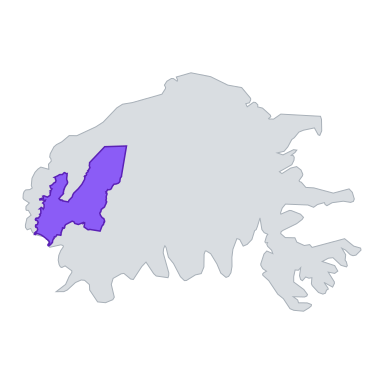 location of Fljótsdalshérað, Austurland, Iceland, rotated 180°
{"feature_id": "244011B83679589752148", "entity_name": "Fljótsdalshérað", "entity_type": "district", "adm_level": 2, "iso_a3": "ISL", "parent_name": "Iceland", "parent_adm1": "Austurland", "projection": "albers", "projection_center": [-14.894, 65.096], "detail": "fine", "context": "in_parent", "style": "filled", "palette": "violet", "viewbox_px": 384, "rotation_deg": 180, "n_neighbors": 0, "source": "geoboundaries", "source_scale": "gbopen_adm2", "svg_char_len": 9190}
<svg xmlns="http://www.w3.org/2000/svg" viewBox="0 0 384 384"><g transform="rotate(180 192 192)"><path d="M299.4,103.7L302.8,104.0L308.5,101.5L316.7,94.0L320.1,92.4L327.9,92.3L318.4,99.6L314.8,107.6L312.2,111.5L312.2,113.2L318.9,118.1L322.2,116.5L323.6,117.1L324.9,119.4L325.8,123.9L325.2,128.6L323.3,133.3L320.6,137.3L321.0,138.5L323.1,139.2L334.3,136.7L335.6,142.5L336.7,144.4L336.4,146.4L331.9,152.6L337.2,148.7L341.4,147.5L348.5,149.4L351.5,151.6L353.3,155.5L356.8,154.2L358.5,156.5L358.6,158.9L357.1,165.5L352.9,168.9L355.6,173.6L357.7,173.7L358.1,174.8L358.0,177.6L354.7,181.0L360.2,184.6L361.0,185.9L360.7,190.2L359.8,192.6L358.2,194.1L354.2,194.4L351.8,196.0L352.7,198.6L352.0,205.8L349.0,211.7L346.1,214.9L343.2,216.9L335.2,214.7L335.5,219.8L332.7,222.9L333.2,225.5L334.3,226.9L333.8,230.2L330.1,237.1L327.5,239.4L322.3,242.1L314.8,248.4L307.2,248.3L288.3,257.1L280.8,261.9L267.1,276.2L261.4,279.8L251.7,281.4L222.1,289.8L218.6,295.3L218.4,296.6L219.6,298.9L217.1,302.8L212.6,305.5L210.5,305.4L206.9,302.8L206.4,303.9L207.7,307.0L193.0,311.2L173.3,307.3L156.2,298.9L142.3,296.4L133.4,285.7L133.3,284.1L134.6,281.2L138.2,280.3L136.8,277.2L130.4,281.8L128.5,281.5L126.2,279.2L126.3,277.1L121.5,275.9L113.6,268.8L113.2,267.3L115.4,265.5L115.0,265.0L110.4,264.9L103.2,269.9L63.5,267.7L62.5,264.5L62.3,253.1L64.2,248.6L65.8,249.2L69.6,256.1L80.5,253.8L85.1,251.9L89.7,246.3L92.2,244.5L96.2,237.1L99.9,232.7L106.8,231.1L101.0,229.1L90.5,234.3L87.2,233.9L89.1,231.4L92.8,228.7L90.5,228.2L89.8,226.7L90.0,223.8L92.2,219.3L104.6,212.3L102.1,210.4L93.4,215.9L87.4,217.4L83.0,214.0L81.2,209.8L81.5,208.2L84.9,203.5L84.6,202.5L82.7,201.8L78.2,196.6L70.1,196.1L50.7,190.9L34.9,195.1L31.7,191.7L29.7,185.0L30.6,182.6L33.4,181.6L40.7,182.8L51.8,181.3L57.1,178.3L58.9,179.5L59.6,181.4L66.5,179.5L70.4,176.7L76.1,179.0L98.5,179.9L101.8,175.9L103.5,171.0L103.1,169.9L94.5,173.6L92.7,173.4L83.5,169.8L80.5,166.6L81.9,164.5L87.4,160.3L100.9,153.7L102.9,152.3L103.3,150.4L98.7,146.4L89.1,146.2L87.2,141.9L79.7,138.5L74.3,139.4L71.9,136.6L39.4,145.3L30.3,137.9L23.4,135.9L23.0,133.9L28.0,128.9L31.0,128.3L33.7,129.3L38.6,134.0L42.2,135.8L38.3,129.3L38.9,123.8L37.6,122.1L36.7,118.3L37.5,117.1L43.0,118.7L51.0,126.3L55.6,125.8L61.8,122.5L49.3,118.4L46.2,112.9L49.3,110.6L55.8,111.9L49.7,102.2L49.6,100.6L51.4,96.9L60.0,101.6L55.9,95.8L55.9,94.6L57.5,93.9L58.6,90.8L61.1,89.9L65.5,91.5L71.8,98.4L72.6,100.3L72.1,106.3L75.1,105.8L78.3,107.0L81.6,103.3L83.4,104.5L84.5,108.3L83.3,116.4L85.6,113.8L88.9,114.0L90.3,107.4L90.3,102.0L80.2,94.5L76.5,89.5L77.2,88.0L79.4,87.0L90.8,87.3L86.3,84.0L85.5,81.2L76.8,81.1L72.6,79.5L72.7,78.1L74.7,76.3L80.4,72.8L90.2,73.7L94.0,75.3L100.6,85.3L106.2,89.8L115.2,103.3L121.2,108.8L121.4,110.0L120.2,111.3L117.5,112.8L121.2,115.3L123.2,118.8L123.2,120.2L120.0,130.0L117.2,133.0L111.2,130.4L112.4,133.8L116.4,137.7L117.2,139.7L116.4,141.4L118.5,141.1L119.1,142.2L117.5,147.8L116.2,149.7L119.8,151.3L122.1,154.4L124.0,166.1L126.6,157.5L127.8,154.4L129.4,153.3L132.1,144.5L136.8,139.6L140.8,137.9L144.3,144.5L147.1,145.4L151.1,134.7L152.1,126.6L152.0,117.6L153.1,111.2L155.4,107.6L158.0,106.6L163.2,110.9L167.1,120.1L173.3,130.3L177.9,133.1L178.8,132.9L179.9,129.8L180.1,117.0L182.8,110.4L188.6,109.1L197.6,103.5L199.6,103.4L203.6,107.3L210.5,120.5L215.6,126.8L217.9,136.4L219.1,138.2L220.4,135.3L220.8,131.1L215.2,111.1L215.3,108.5L216.0,106.3L227.8,108.0L230.3,110.3L238.0,121.9L242.2,117.5L250.7,104.5L253.4,105.0L260.1,110.6L262.8,110.2L270.9,105.6L272.7,99.5L269.7,86.8L271.2,84.3L278.5,81.3L286.4,82.1L294.3,93.9L294.6,99.4L299.4,103.7Z" fill="#d9dde1" stroke="#a8b0b8" stroke-width="1"/><path d="M280.8,159.3L280.7,159.5L280.3,160.0L280.2,160.8L280.1,161.2L280.2,161.6L280.2,161.8L279.6,161.8L279.4,162.3L279.4,162.8L279.6,163.9L280.1,164.8L280.1,165.3L280.4,165.6L281.2,165.9L282.0,166.5L282.9,167.9L283.6,168.7L283.7,169.1L283.7,169.6L284.1,170.2L284.2,170.4L284.2,170.7L284.1,171.0L284.0,171.4L283.9,171.7L283.3,172.0L283.2,172.2L283.1,172.7L283.1,172.9L282.9,173.3L282.9,173.9L282.7,174.7L282.5,174.9L281.4,175.4L280.8,176.3L280.2,176.4L280.0,176.7L279.5,177.0L279.1,178.0L278.8,178.8L278.4,179.5L278.2,180.0L277.9,180.5L277.8,181.8L277.4,182.0L277.5,182.3L277.4,182.5L278.0,183.6L278.1,184.1L277.7,184.8L277.7,185.0L277.6,185.4L277.7,186.0L277.8,186.7L277.7,186.9L277.8,187.5L277.6,188.1L277.5,188.3L277.4,188.8L277.0,189.9L277.0,190.3L277.1,190.6L277.4,190.9L278.0,191.0L277.9,191.6L277.6,191.9L277.9,192.2L277.5,192.3L277.2,193.1L276.9,193.4L276.8,193.6L276.6,193.9L276.4,194.4L275.9,194.2L274.8,194.3L273.8,194.5L273.1,194.9L272.3,196.1L272.3,196.4L272.1,196.8L271.7,197.4L271.4,198.2L270.9,198.5L270.8,198.9L270.2,199.6L270.0,199.8L267.9,200.0L267.1,200.4L266.4,200.5L265.6,200.9L264.6,201.8L264.0,203.0L264.1,203.5L264.0,204.2L263.8,205.1L263.7,205.7L263.4,206.5L262.8,207.0L262.5,207.6L262.4,208.0L262.5,208.4L257.5,238.0L279.3,237.3L294.4,221.4L294.5,219.4L294.7,218.7L294.5,217.6L294.0,216.2L294.6,215.8L294.9,214.9L295.5,214.0L296.1,213.4L295.7,213.2L295.9,212.6L295.9,212.4L296.2,212.0L296.8,211.7L297.3,211.1L297.7,210.8L297.8,210.5L297.8,210.3L297.5,209.9L297.4,209.4L297.8,208.6L298.8,208.3L299.3,208.0L299.6,207.6L298.9,207.1L299.0,206.8L299.3,206.2L299.3,205.6L299.3,205.0L299.4,204.6L302.1,199.7L305.7,195.3L310.3,190.8L311.1,189.3L311.3,188.8L311.5,188.1L311.7,187.2L315.1,183.6L315.7,182.1L321.4,183.1L321.4,183.3L321.3,183.5L322.2,184.1L323.1,183.6L323.7,184.0L324.1,184.3L324.0,184.5L324.5,184.8L325.1,185.3L323.1,187.8L321.7,189.1L320.5,190.4L320.8,190.8L320.7,191.1L320.8,191.3L320.5,192.0L320.4,192.3L320.5,192.6L320.5,192.8L320.3,193.7L320.3,194.0L320.0,194.2L320.1,194.4L320.0,194.7L319.9,194.7L319.9,195.0L319.7,195.2L319.6,195.5L319.5,195.8L319.2,196.6L318.8,197.3L318.8,197.5L318.5,197.9L318.4,198.1L318.2,198.2L318.0,198.8L317.8,198.9L317.6,199.4L317.4,199.5L317.0,199.9L316.9,200.3L316.7,200.6L316.5,201.0L316.5,201.3L316.4,201.6L316.5,201.7L316.4,202.1L316.6,202.4L316.6,202.5L316.7,202.8L316.8,203.1L316.9,203.5L317.2,204.1L317.3,204.4L317.3,206.0L316.9,209.1L317.0,209.7L316.9,210.2L317.1,210.1L318.2,210.7L318.4,210.7L319.3,211.4L320.0,211.2L321.6,209.5L324.4,209.4L326.3,208.2L329.7,206.6L329.0,206.3L328.8,206.0L328.4,204.9L328.5,204.3L328.1,203.8L328.0,203.6L328.1,203.0L328.6,201.6L329.6,201.4L330.1,200.9L330.6,200.6L331.0,200.0L331.4,199.5L333.1,198.4L333.6,198.4L334.0,198.2L333.9,197.8L333.9,197.5L333.4,196.1L333.0,195.7L332.0,195.1L332.4,194.7L332.7,194.0L333.9,193.1L333.4,192.9L333.2,192.3L334.0,191.2L333.9,190.9L333.6,190.8L333.7,190.4L333.7,190.1L333.8,189.7L333.7,189.3L334.0,188.6L336.6,186.9L340.1,188.2L341.2,187.8L340.7,187.2L340.7,185.7L341.3,185.9L342.4,185.6L344.3,184.9L344.0,184.0L342.6,184.3L340.8,183.9L340.3,183.9L339.0,183.4L338.9,183.6L338.7,183.7L339.0,182.8L339.9,182.4L340.4,182.0L341.3,181.0L340.9,180.8L339.9,179.4L339.9,178.2L340.0,176.2L340.8,174.9L340.9,175.1L341.0,175.5L342.0,176.1L342.8,176.6L343.2,176.1L344.3,175.2L343.9,175.2L343.3,174.7L343.3,173.9L343.1,172.5L343.2,170.6L343.9,169.9L344.3,169.7L343.7,169.1L343.6,168.9L343.9,168.4L344.2,167.8L344.9,167.0L345.4,166.2L345.6,166.1L345.7,165.9L346.3,165.8L346.5,166.0L347.2,165.8L347.6,165.9L347.7,165.6L348.2,165.5L348.3,165.1L348.6,164.8L348.4,164.4L348.5,164.1L348.4,163.9L348.2,163.7L348.0,163.8L347.7,163.8L347.4,163.6L347.3,163.4L346.8,163.4L346.5,163.1L346.0,162.1L345.8,161.4L346.0,161.1L346.4,160.9L346.3,160.0L346.5,159.6L346.7,159.4L346.8,159.3L347.5,159.3L348.2,159.1L348.3,159.0L348.4,158.7L348.2,158.1L348.5,157.8L348.5,157.6L348.3,157.3L348.2,156.8L348.0,156.6L347.3,156.7L346.8,156.3L346.7,156.1L346.6,155.4L346.3,154.6L346.5,154.1L346.6,153.7L347.2,152.8L347.3,152.5L347.7,152.2L348.2,152.2L348.3,152.0L348.2,151.4L348.9,150.9L349.2,151.1L349.3,150.9L349.5,150.8L349.4,150.2L349.6,149.6L349.1,149.6L348.6,149.4L348.4,149.5L348.2,149.9L347.8,150.2L347.8,150.3L347.7,150.5L347.4,150.5L347.2,150.6L345.1,150.0L343.5,149.4L341.7,148.4L338.4,145.9L337.5,145.1L337.5,144.9L336.8,144.6L335.6,143.5L334.8,142.5L334.6,141.9L334.5,141.5L334.6,141.3L334.5,141.1L334.7,140.9L334.7,140.7L334.8,140.7L335.0,140.5L335.0,140.4L335.3,140.2L335.2,140.1L335.3,140.0L335.2,140.0L335.5,139.5L335.6,139.4L335.7,139.5L335.6,139.3L335.8,139.1L335.6,139.0L335.6,138.8L335.8,138.4L335.3,138.1L333.3,139.5L332.3,141.0L331.9,141.1L331.6,141.3L331.4,142.9L331.3,143.4L331.2,143.8L330.5,145.2L330.1,145.3L329.9,145.6L330.0,146.1L330.0,146.3L329.6,147.3L328.9,147.1L328.4,147.2L328.0,147.8L327.4,148.4L327.2,149.1L326.5,149.3L325.3,149.0L323.8,148.9L323.4,148.7L323.2,148.7L323.1,149.0L323.0,149.5L322.9,149.9L322.9,150.6L323.0,151.3L322.6,151.8L322.6,152.4L322.3,152.8L322.3,153.2L322.3,153.4L321.7,154.3L321.5,155.8L321.0,155.5L320.7,155.6L320.3,155.8L320.4,156.0L320.0,155.9L319.9,156.2L319.8,156.3L319.6,156.1L319.3,156.6L319.4,156.9L319.3,157.4L319.4,157.8L319.1,158.0L318.5,159.3L311.9,162.8L311.4,162.7L310.2,162.2L309.9,162.0L309.7,161.5L309.3,160.6L305.7,159.5L300.6,161.5L300.4,161.0L300.5,160.8L300.3,160.9L300.3,161.1L300.2,161.3L299.5,161.3L299.4,161.3L299.4,160.2L300.0,157.1L296.1,154.3L294.9,154.3L294.7,154.5L294.3,154.6L283.9,152.9L282.0,157.9L280.9,159.4L280.8,159.3Z" fill="#8b5cf6" stroke="#5b21b6" stroke-width="1.5"/></g></svg>